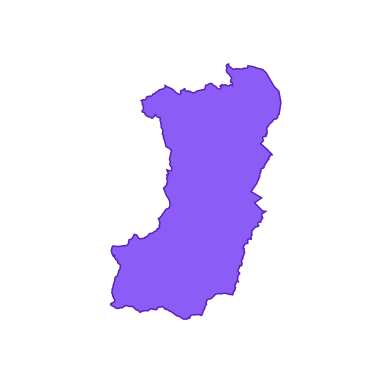 the district of Musi Rawas Utara, Sumatera Selatan, Indonesia, rotated 312°
{"feature_id": "22746128B26074251210079", "entity_name": "Musi Rawas Utara", "entity_type": "district", "adm_level": 2, "iso_a3": "IDN", "parent_name": "Indonesia", "parent_adm1": "Sumatera Selatan", "projection": "natural_earth1", "projection_center": [102.781, -2.706], "detail": "fine", "context": "isolated", "style": "filled", "palette": "violet", "viewbox_px": 384, "rotation_deg": 312, "n_neighbors": 0, "source": "geoboundaries", "source_scale": "gbopen_adm2", "svg_char_len": 6030}
<svg xmlns="http://www.w3.org/2000/svg" viewBox="0 0 384 384"><g transform="rotate(312 192 192)"><path d="M142.7,291.0L143.3,291.0L144.7,289.8L147.6,289.5L147.4,289.2L148.2,289.1L150.1,288.3L150.2,287.3L151.8,286.2L154.0,285.6L154.5,285.1L155.6,285.3L156.2,286.5L156.9,285.0L158.3,283.7L161.3,281.9L162.8,282.3L163.7,281.4L163.7,279.9L164.1,278.7L165.6,278.2L167.5,277.9L168.0,277.2L168.6,277.1L168.9,276.8L169.6,276.8L170.1,278.1L172.1,277.4L173.8,275.0L175.3,274.2L175.5,274.4L176.3,274.5L177.3,273.7L177.5,273.0L179.3,272.9L180.5,272.2L182.5,271.5L182.5,270.3L183.8,269.7L184.7,268.8L184.9,268.2L184.6,267.5L186.3,266.6L187.5,266.6L188.2,266.2L189.2,266.2L190.0,266.9L190.0,266.7L191.6,267.6L192.4,266.6L193.1,266.1L193.1,265.7L193.5,265.3L194.7,265.3L195.3,266.0L195.5,265.8L195.3,266.0L195.8,266.4L196.4,267.6L197.4,267.0L197.4,266.3L198.8,265.4L200.4,265.3L200.6,264.5L203.2,262.5L208.3,262.5L210.0,263.8L211.0,264.2L211.8,264.0L211.9,262.8L212.8,261.7L214.3,261.7L215.6,263.3L217.2,262.2L219.9,262.0L219.7,261.4L220.5,261.0L220.9,260.0L222.3,258.3L225.0,259.3L226.9,259.7L225.1,257.2L225.8,245.7L234.2,247.7L231.8,235.7L241.4,234.4L248.3,232.1L249.5,231.5L250.9,230.2L253.1,229.7L254.0,229.1L254.3,228.5L255.8,227.8L257.6,229.1L258.5,229.1L259.5,228.1L261.1,228.1L262.1,227.5L263.9,227.6L264.6,227.2L265.8,226.9L266.6,227.2L266.8,227.0L268.1,227.1L268.0,226.5L269.2,225.8L270.2,226.1L270.2,225.9L271.1,225.9L271.9,225.3L273.2,226.7L273.6,225.7L273.6,221.7L273.9,221.0L273.9,211.6L273.7,210.7L277.9,210.7L279.7,207.8L280.5,207.8L282.8,209.7L283.6,209.7L283.6,210.2L283.6,208.8L284.7,208.1L285.1,208.8L286.1,208.4L288.5,205.9L288.6,205.3L289.0,205.0L291.4,204.6L291.4,204.4L295.3,204.2L297.3,204.6L300.5,204.2L301.9,204.7L302.4,205.6L302.4,206.2L302.5,205.7L304.6,205.8L305.8,204.7L306.5,204.5L307.1,204.6L308.2,204.2L308.3,204.5L318.0,198.2L325.0,189.1L325.3,182.6L330.2,167.3L330.3,162.5L330.0,162.0L326.8,155.8L327.0,155.7L325.3,152.2L324.3,151.0L323.4,149.1L321.2,150.3L318.9,148.2L318.7,147.6L317.9,147.6L317.7,147.1L317.1,147.1L316.1,146.3L315.2,144.8L312.9,142.1L310.9,140.9L310.5,138.1L310.6,137.5L310.2,135.9L310.6,134.7L311.7,133.7L310.5,132.8L308.6,133.0L308.1,134.1L307.1,135.3L305.3,136.0L304.2,138.2L304.2,141.3L303.5,143.6L303.5,144.8L302.7,145.5L300.8,146.0L300.5,146.6L299.6,147.0L299.6,147.7L300.0,148.2L300.0,149.1L299.3,149.8L298.4,149.9L298.1,150.7L297.6,148.9L297.2,148.7L296.0,148.7L295.0,148.0L294.2,145.6L293.3,144.4L292.1,144.0L292.1,142.9L291.7,142.3L291.3,142.2L290.5,142.5L289.6,141.9L289.4,142.1L289.2,143.4L288.7,143.8L287.1,143.7L286.6,143.3L286.2,142.7L286.0,141.8L286.3,139.5L285.6,136.3L285.8,134.5L285.3,133.3L284.3,132.5L281.6,131.8L280.7,130.8L278.9,131.6L276.8,133.0L274.7,130.9L273.5,130.4L270.6,128.3L267.3,127.2L266.7,126.8L265.6,124.6L265.5,123.1L264.7,122.4L264.7,121.6L264.2,121.1L263.0,120.7L262.9,118.9L263.9,117.9L263.6,117.1L261.8,117.2L260.3,116.0L259.7,115.8L257.6,117.8L256.8,117.8L256.3,117.4L255.8,116.6L255.2,114.4L255.3,108.0L253.6,103.3L253.2,100.8L252.3,101.9L249.9,101.8L249.0,101.5L247.6,100.3L245.4,99.2L243.7,99.2L241.9,98.4L240.3,98.5L238.3,97.4L236.6,97.9L235.9,97.7L234.6,96.0L233.6,95.8L232.9,94.8L232.0,94.8L230.4,95.6L229.2,95.4L227.8,93.9L226.0,93.0L225.5,95.2L223.9,96.4L223.4,98.0L222.6,98.7L222.1,99.8L221.6,99.9L220.7,100.7L219.1,100.5L218.3,101.3L218.3,101.8L219.3,103.7L218.4,105.1L218.1,106.4L218.6,109.3L219.7,110.3L219.8,112.7L220.3,113.1L223.3,113.4L225.0,112.9L225.0,113.4L224.5,115.4L225.1,117.6L225.7,118.2L225.7,119.0L224.2,120.1L223.6,120.7L222.9,122.3L221.4,123.7L220.8,124.8L219.3,125.9L219.1,127.6L218.4,128.9L217.5,129.7L217.1,130.3L215.2,131.1L215.0,132.7L213.0,134.8L211.9,137.2L208.3,142.4L209.3,146.1L208.9,149.4L206.2,150.3L205.5,151.3L204.0,151.8L201.1,153.5L200.2,155.4L199.0,156.3L197.9,156.6L196.9,158.5L196.6,160.7L196.0,160.9L194.4,162.4L193.1,162.0L191.8,158.5L191.0,159.3L191.0,160.3L190.5,160.7L190.4,161.7L189.8,162.5L189.2,162.8L188.7,161.8L187.7,161.9L186.8,163.2L186.2,163.7L185.1,164.0L183.6,166.8L181.7,167.4L181.2,168.2L177.5,168.6L176.5,168.2L175.7,168.5L172.3,175.3L171.6,178.0L170.6,180.8L169.8,182.1L167.5,184.4L165.8,185.3L165.1,185.5L163.8,185.2L161.2,184.1L159.7,184.7L156.0,184.9L153.9,185.4L151.3,185.4L149.8,184.7L149.0,186.7L147.1,189.3L144.8,190.2L144.2,191.3L143.6,191.8L143.2,191.9L141.5,190.7L139.7,191.5L139.0,191.3L137.5,190.5L135.1,190.2L132.7,188.3L128.9,188.5L127.0,187.4L125.9,187.8L124.1,186.0L122.7,185.1L122.3,184.5L122.1,182.9L122.4,181.6L122.9,180.4L122.9,179.0L121.8,177.4L118.0,178.5L116.1,178.3L114.5,177.2L112.4,178.2L112.0,178.8L111.1,179.2L109.6,179.5L109.1,179.4L108.5,179.1L102.4,173.9L100.8,172.0L99.1,169.4L98.2,169.3L94.6,171.0L92.8,173.5L92.5,175.6L92.7,176.2L92.0,175.6L91.6,176.3L92.1,177.6L91.6,178.1L90.8,181.0L90.8,181.7L91.2,182.5L91.0,183.0L89.8,184.1L89.7,187.6L89.3,188.3L88.3,188.7L86.6,190.0L84.5,190.1L83.0,191.2L79.9,192.4L79.0,192.6L77.5,192.0L76.6,192.2L74.6,193.9L72.9,194.4L71.3,195.5L70.2,195.7L67.9,197.3L66.1,197.7L65.5,198.8L64.1,199.3L63.0,200.6L62.9,201.6L61.9,202.3L61.3,203.7L61.4,204.0L60.7,204.7L60.3,206.6L58.9,207.7L57.8,207.7L55.9,206.7L54.2,206.5L53.7,207.5L54.6,211.0L54.8,213.5L56.6,215.6L58.0,216.1L59.1,217.6L59.7,217.8L60.8,217.7L63.7,219.1L65.1,222.3L67.1,224.1L67.1,229.2L68.1,231.6L67.7,233.8L68.7,234.0L69.0,234.4L70.9,235.1L71.1,235.6L72.4,236.5L74.2,238.7L75.7,238.9L78.2,240.0L79.0,241.8L80.6,244.2L81.6,244.4L82.3,243.8L83.3,244.1L84.0,243.9L84.6,244.8L86.4,246.3L87.3,246.7L87.2,249.1L86.8,250.0L87.2,251.2L88.0,251.4L88.5,255.2L89.2,256.6L89.9,263.7L90.4,265.0L90.9,265.3L91.4,266.9L91.3,267.8L91.8,270.5L92.2,271.2L93.2,272.0L94.1,273.4L94.9,273.4L96.0,273.9L96.3,274.5L97.7,274.3L97.6,273.7L99.8,273.7L101.5,274.9L102.4,276.2L104.9,278.3L106.2,280.6L106.4,281.4L107.6,281.6L111.7,279.7L113.7,279.6L114.4,278.8L116.9,278.0L118.2,278.0L119.1,276.6L122.4,275.3L125.2,277.3L126.7,277.7L132.1,278.0L134.2,279.7L135.7,281.7L138.9,284.1L140.8,288.2L142.2,289.9L142.7,291.0Z" fill="#8b5cf6" stroke="#5b21b6" stroke-width="1.5"/></g></svg>